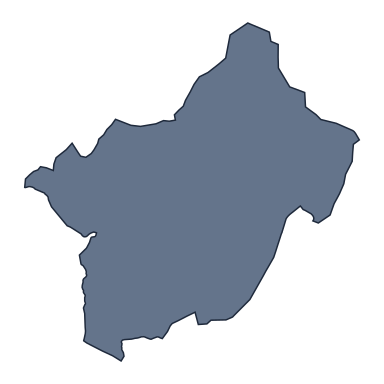 New Juaben South Municipal, Eastern, Ghana (orthographic projection)
{"feature_id": "2480657B86034404720136", "entity_name": "New Juaben South Municipal", "entity_type": "district", "adm_level": 2, "iso_a3": "GHA", "parent_name": "Ghana", "parent_adm1": "Eastern", "projection": "orthographic", "projection_center": [-0.271, 6.08], "detail": "fine", "context": "isolated", "style": "filled", "palette": "slate", "viewbox_px": 384, "rotation_deg": 0, "n_neighbors": 0, "source": "geoboundaries", "source_scale": "gbopen_adm2", "svg_char_len": 3013}
<svg xmlns="http://www.w3.org/2000/svg" viewBox="0 0 384 384"><path d="M352.7,152.5L353.4,144.3L359.3,139.9L355.5,133.4L354.1,131.6L352.8,130.6L349.5,129.1L344.4,126.9L336.2,123.3L320.8,119.5L316.1,114.7L305.5,106.9L304.7,92.5L289.7,86.9L278.4,68.0L278.3,63.6L278.1,57.4L278.2,44.5L270.9,41.4L269.3,32.1L250.3,24.1L247.8,23.0L230.1,35.0L225.7,58.1L218.6,64.2L208.0,72.5L199.4,76.8L194.1,84.3L190.3,91.8L185.5,100.3L183.3,106.2L179.0,110.0L174.4,114.8L175.4,120.1L169.3,121.2L163.5,120.6L156.0,123.8L140.5,126.4L130.9,125.3L115.5,119.3L111.7,124.7L106.9,129.5L103.7,134.8L98.8,139.1L97.7,143.4L94.0,149.8L91.3,153.5L85.9,157.3L80.6,156.2L78.0,152.4L72.1,143.2L66.2,149.7L56.1,157.7L53.9,164.1L53.3,170.5L46.4,167.8L40.5,166.7L37.9,169.9L33.6,171.5L29.8,174.7L25.5,179.0L24.7,187.4L24.9,187.5L25.7,187.5L28.7,186.6L30.1,186.6L32.6,187.2L33.7,187.8L34.3,188.2L34.6,188.4L35.1,189.1L44.6,193.1L45.0,194.0L46.9,195.5L48.1,197.1L48.5,199.9L51.5,206.8L59.5,216.5L67.2,225.8L70.2,227.0L81.1,233.9L82.3,235.6L83.6,236.6L84.3,236.8L85.9,236.7L86.8,236.3L89.4,233.9L91.5,232.8L93.8,232.0L95.2,232.4L96.5,232.8L95.9,235.4L95.4,236.2L94.7,236.7L91.8,237.1L91.2,237.5L90.8,238.3L89.5,242.4L86.9,247.4L86.1,248.6L85.7,248.9L79.4,255.1L81.0,264.0L81.5,264.7L82.6,265.3L83.2,265.8L85.6,269.5L86.3,271.7L86.1,273.8L86.6,274.7L86.6,275.8L86.2,276.4L85.9,276.9L84.7,277.9L83.9,278.6L83.4,279.2L83.0,280.3L83.1,282.1L82.7,283.6L82.3,285.2L82.1,287.3L82.4,288.1L82.6,289.0L83.5,290.3L83.4,292.1L83.6,292.8L84.9,294.7L85.2,295.4L85.1,296.1L85.0,296.8L84.7,297.5L84.7,301.0L85.4,303.1L85.4,303.9L84.8,304.7L83.5,307.8L83.5,308.3L84.7,313.5L85.2,327.4L85.5,331.0L85.3,333.6L84.1,339.1L83.7,340.4L83.7,340.8L87.0,343.1L102.6,351.1L112.5,355.7L121.1,361.0L124.0,356.3L123.4,352.7L122.6,351.2L121.8,349.7L121.7,349.1L121.9,347.9L121.5,346.8L121.8,345.2L122.0,343.6L121.3,342.1L121.4,341.6L121.7,341.0L122.5,340.1L124.5,339.6L131.6,339.1L133.4,338.7L135.0,338.3L137.6,338.0L139.1,337.6L140.6,337.1L141.6,336.8L143.0,336.8L143.5,336.7L143.9,336.7L145.1,337.1L146.2,337.6L147.1,338.0L148.8,338.6L150.1,339.1L151.3,339.2L151.8,339.0L152.3,338.7L153.3,338.3L154.9,337.7L155.7,337.4L157.0,336.9L157.6,336.9L158.1,336.9L159.2,337.3L160.3,337.9L161.5,338.3L162.3,338.6L167.5,331.5L170.2,325.9L171.2,324.7L172.2,323.5L178.1,320.7L187.2,316.0L195.1,312.2L195.2,312.6L195.3,313.1L195.5,313.9L198.3,324.5L206.9,323.9L211.0,320.2L226.0,319.9L232.6,317.0L233.7,315.8L249.9,299.5L263.1,276.1L265.7,271.3L269.7,264.4L273.7,257.4L275.7,251.4L277.6,245.4L279.1,240.8L281.3,233.9L282.0,232.4L282.3,231.1L282.6,230.3L286.0,219.1L286.1,218.8L286.4,218.3L286.8,217.7L288.0,216.2L289.6,214.6L291.3,213.2L293.0,211.9L300.3,206.0L301.5,207.4L303.1,209.5L304.4,210.1L304.8,210.2L311.1,213.8L311.6,214.3L312.7,215.5L313.5,216.9L313.8,218.2L313.6,219.7L312.9,220.9L318.3,223.0L330.1,215.0L332.6,207.9L334.1,203.7L337.0,198.4L339.5,193.7L343.8,183.8L345.6,174.3L347.6,170.4L352.2,161.3L352.5,155.6L352.7,152.5Z" fill="#64748b" stroke="#1e293b" stroke-width="1.5"/></svg>